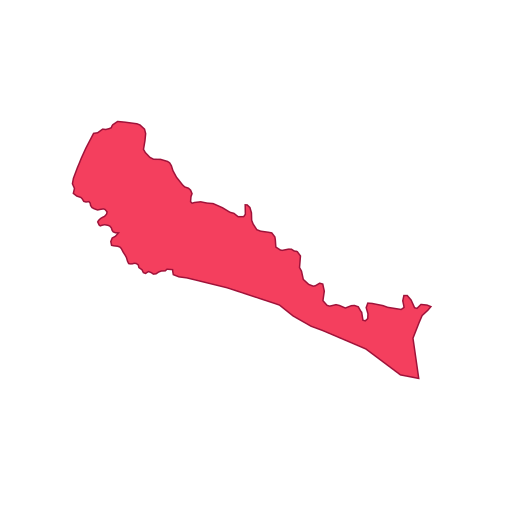 As Suki, Sennar, Sudan (Robinson projection), rotated 147°
{"feature_id": "16777658B86319641369334", "entity_name": "As Suki", "entity_type": "district", "adm_level": 2, "iso_a3": "SDN", "parent_name": "Sudan", "parent_adm1": "Sennar", "projection": "robinson", "projection_center": [34.157, 12.992], "detail": "fine", "context": "isolated", "style": "filled", "palette": "rose", "viewbox_px": 512, "rotation_deg": 147, "n_neighbors": 0, "source": "geoboundaries", "source_scale": "gbopen_adm2", "svg_char_len": 2665}
<svg xmlns="http://www.w3.org/2000/svg" viewBox="0 0 512 512"><g transform="rotate(147 256 256)"><path d="M304.5,444.1L305.5,443.7L305.8,443.6L307.5,442.4L309.8,442.8L313.1,443.9L315.5,445.9L317.9,445.8L321.7,445.6L325.4,447.3L325.6,447.2L338.2,440.1L340.1,439.0L349.2,433.2L353.3,430.3L357.6,427.4L366.8,420.6L370.6,416.6L371.4,411.7L372.2,410.8L375.1,408.0L373.7,403.9L371.0,400.5L370.6,398.7L370.7,395.6L369.2,393.9L366.5,392.6L366.3,390.5L367.2,388.5L367.2,386.0L366.1,383.9L363.8,380.9L361.0,379.8L358.3,378.6L357.2,377.1L356.9,374.1L358.5,372.5L361.5,371.7L363.4,372.0L365.9,372.1L368.6,371.6L370.2,370.8L370.7,367.5L370.2,366.1L368.2,365.6L365.9,364.7L363.4,362.3L362.3,360.7L362.0,358.4L362.7,355.8L362.6,354.0L361.3,352.1L358.8,350.3L363.1,349.1L366.8,349.4L369.9,347.2L371.3,343.6L369.7,342.0L366.8,339.6L365.3,337.7L364.9,335.6L365.3,331.5L365.3,327.9L365.5,325.3L366.6,321.6L366.9,319.0L365.8,317.9L364.0,316.8L362.1,316.2L360.5,314.9L359.6,312.6L360.5,310.1L359.1,306.5L359.5,303.4L358.1,301.5L356.1,301.6L354.5,301.4L352.9,299.1L351.9,296.7L349.5,295.5L346.5,295.6L343.6,295.0L340.2,293.0L337.8,293.4L333.4,290.0L334.4,288.0L335.5,285.4L332.0,280.5L325.9,275.3L297.7,245.3L265.8,205.6L263.0,202.0L257.5,185.4L248.0,167.0L240.8,157.4L214.5,118.2L199.6,77.6L186.2,64.7L169.1,101.6L155.4,111.4L149.1,115.6L141.5,116.9L136.9,118.3L139.3,121.7L144.0,125.5L149.5,124.4L151.2,126.2L149.9,134.6L150.7,140.5L153.5,142.3L157.3,138.5L159.1,133.9L159.9,132.2L163.4,132.1L173.6,141.3L176.5,145.2L184.5,153.0L187.9,155.6L191.7,152.7L193.6,146.5L196.4,142.6L199.7,142.1L201.3,143.9L198.0,151.3L198.2,152.3L197.9,157.7L200.4,160.9L203.1,162.4L209.4,163.7L213.0,169.1L215.4,171.6L221.5,173.8L223.3,175.9L224.2,182.1L217.9,189.3L215.3,196.1L217.4,198.5L222.4,198.7L224.4,199.5L227.3,203.5L229.1,210.6L226.1,218.5L226.0,219.9L225.8,222.6L218.7,231.8L218.9,235.3L219.0,237.1L219.7,238.1L220.6,238.7L221.4,239.7L222.6,242.4L225.1,244.1L230.9,246.4L232.3,247.7L234.5,252.7L230.9,259.2L229.8,261.7L230.2,266.8L232.5,269.0L238.6,274.3L241.0,277.6L241.0,284.4L240.2,288.3L236.3,294.7L234.7,300.0L235.6,303.7L237.2,304.8L242.2,296.8L244.9,295.7L249.6,298.7L251.3,303.8L253.9,306.7L254.7,308.2L257.8,314.7L263.4,323.3L268.2,327.0L272.9,331.6L278.5,334.4L280.8,335.0L281.3,337.2L278.2,341.2L275.7,343.1L275.0,346.8L275.7,349.6L278.2,352.8L278.9,355.7L279.4,361.3L279.8,365.5L279.2,372.8L277.8,377.8L277.7,381.2L278.7,383.5L283.4,389.0L289.2,392.9L291.3,396.6L292.5,403.0L292.3,406.7L286.4,413.1L281.9,418.7L280.4,423.1L281.2,426.2L281.9,429.0L283.8,431.7L293.0,439.6L298.8,444.2L304.0,444.1L304.3,444.1L304.5,444.1Z" fill="#f43f5e" stroke="#9f1239" stroke-width="1.5"/></g></svg>